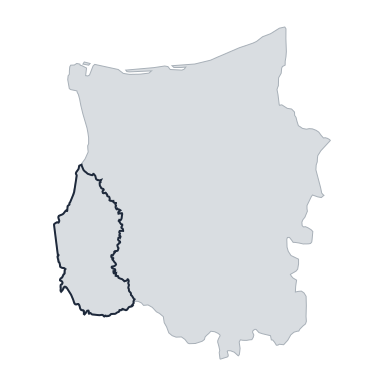 where Zanzan sits in Ivory Coast, rotated 181°
{"feature_id": "CIV-3449", "entity_name": "Zanzan", "entity_type": "Region", "adm_level": 1, "iso_a3": "CIV", "parent_name": "Ivory Coast", "parent_adm1": "", "projection": "natural_earth1", "projection_center": [-3.572, 8.502], "detail": "fine", "context": "in_parent", "style": "outline", "palette": "slate", "viewbox_px": 384, "rotation_deg": 181, "n_neighbors": 0, "source": "natural_earth", "source_scale": "10m", "svg_char_len": 8999}
<svg xmlns="http://www.w3.org/2000/svg" viewBox="0 0 384 384"><g transform="rotate(181 192 192)"><path d="M82.8,54.8L84.1,54.7L87.6,53.6L90.7,50.9L93.7,45.4L97.7,40.9L102.1,41.3L103.4,40.4L105.0,40.3L106.8,43.2L108.7,45.4L110.1,45.5L111.0,49.7L119.1,51.5L122.6,52.6L125.5,55.7L126.6,55.8L127.8,55.1L128.8,54.1L129.0,52.9L127.7,50.1L128.3,47.6L129.6,45.4L131.7,45.2L134.8,44.6L138.4,44.6L141.1,45.0L142.2,42.8L141.2,36.5L141.5,33.1L141.9,30.1L142.9,29.0L147.0,32.6L150.6,33.9L153.3,34.0L154.0,33.3L152.9,29.4L153.2,28.1L154.2,27.5L155.9,27.0L160.6,25.4L161.1,25.7L162.0,32.0L161.5,34.1L162.5,38.4L163.7,42.4L163.6,44.0L162.6,46.4L161.4,48.7L161.6,49.6L163.4,51.1L167.0,52.7L170.7,53.1L172.8,50.8L174.9,48.9L176.4,47.2L177.0,44.7L179.3,42.9L186.0,40.6L192.2,40.3L193.7,41.0L196.5,44.5L200.0,46.9L205.4,46.6L209.3,48.0L212.7,50.7L215.0,56.6L217.5,60.9L218.5,66.9L222.5,70.1L225.5,71.6L229.7,76.0L234.0,78.3L238.5,77.8L240.5,80.1L243.9,81.7L247.2,81.8L250.1,76.7L254.0,74.7L263.8,70.6L267.6,68.8L271.6,67.6L281.0,67.3L289.7,68.5L294.1,69.5L297.1,68.8L299.9,71.2L302.8,76.3L305.2,77.9L307.6,79.6L309.4,83.7L311.6,87.6L312.7,89.4L315.4,93.3L317.6,93.4L319.8,91.7L320.8,90.4L321.2,93.0L320.3,97.2L320.5,99.8L321.8,100.8L321.1,104.2L318.5,109.9L318.5,113.2L321.1,114.3L322.9,117.9L324.0,124.0L325.1,126.0L325.2,127.3L327.1,142.1L329.4,157.0L327.9,158.9L325.9,159.5L324.6,160.2L324.2,161.6L325.1,163.6L324.5,165.4L322.0,166.7L316.6,171.4L316.2,173.3L314.8,177.3L313.6,179.8L311.8,184.4L309.0,196.4L308.0,206.4L307.8,209.5L306.7,211.6L305.5,214.7L299.5,223.2L296.5,230.2L296.9,233.3L297.1,236.3L296.2,238.5L296.3,244.4L297.1,249.4L298.1,254.2L302.4,268.0L304.6,276.3L306.0,283.0L307.3,287.5L308.4,289.4L308.9,291.1L315.2,292.3L316.5,293.3L318.2,302.1L317.9,306.0L316.7,307.5L316.7,310.9L316.4,315.0L315.5,316.7L311.9,316.9L309.5,318.5L306.3,317.9L306.0,316.8L304.3,316.4L299.6,314.1L300.4,306.5L298.2,306.2L296.5,307.2L293.1,316.3L291.5,317.9L267.9,313.2L262.8,309.4L256.7,308.5L246.0,308.9L237.2,310.1L234.6,312.4L256.9,311.0L259.3,311.3L260.4,312.7L232.2,315.7L221.5,317.5L218.3,317.0L215.9,314.1L204.2,313.7L201.9,314.7L200.4,316.8L205.0,316.3L212.3,316.2L214.2,317.9L191.5,320.0L175.8,324.1L169.1,327.2L147.1,337.1L133.7,341.9L130.2,343.6L124.1,348.5L116.3,351.6L107.5,357.3L102.1,358.6L100.9,356.8L100.8,347.0L100.1,334.0L100.4,329.0L101.1,324.4L101.1,320.5L103.8,319.0L104.5,317.4L104.9,312.3L107.4,307.7L107.5,299.7L108.2,298.0L108.8,295.9L107.7,290.7L106.3,280.7L105.7,280.1L105.1,280.5L103.7,280.7L98.2,277.3L93.9,276.7L90.9,273.7L90.7,270.4L89.3,268.4L88.3,264.6L86.8,260.2L82.6,257.5L78.7,256.8L75.9,257.4L72.6,257.2L68.9,255.8L66.3,254.1L63.8,250.8L61.5,248.3L59.7,248.6L57.5,248.0L55.3,246.8L54.6,245.9L63.8,235.6L66.9,230.5L67.2,227.5L67.3,224.3L68.3,221.2L68.5,216.3L63.5,198.6L62.3,193.2L60.9,191.6L60.0,191.0L62.6,188.7L66.1,189.3L71.5,191.1L72.7,189.3L76.8,180.4L76.7,177.1L76.3,174.8L78.7,168.7L80.6,166.3L81.6,163.8L81.3,160.3L79.9,159.0L78.0,159.3L75.7,158.4L72.3,156.4L70.5,154.6L71.1,146.6L71.4,144.1L72.6,142.6L74.5,142.2L79.9,142.0L84.2,142.9L88.0,143.4L90.0,143.4L91.7,145.8L93.8,148.3L95.8,148.2L96.4,146.4L96.0,138.5L94.7,134.3L91.9,130.2L84.3,126.7L84.2,121.9L85.0,116.7L86.6,114.7L92.2,111.4L91.2,109.6L89.4,107.7L85.9,105.7L86.7,99.5L86.9,93.8L83.9,94.5L80.9,94.8L78.3,93.1L76.1,89.7L75.7,80.3L75.8,69.5L75.4,64.7L76.2,62.1L78.9,59.8L81.8,56.7L82.8,54.8ZM303.3,318.0L302.0,320.1L296.1,318.7L297.5,317.0L303.3,318.0Z" fill="#d9dde1" stroke="#a8b0b8" stroke-width="1"/><path d="M321.1,90.0L321.7,90.9L321.7,91.7L321.6,93.3L321.6,93.7L321.8,94.6L321.8,96.0L321.6,96.9L321.1,97.3L320.5,97.6L320.0,98.3L319.9,99.3L320.3,100.1L320.9,100.7L321.7,100.9L322.4,101.3L322.4,102.3L321.8,103.3L320.4,104.2L319.9,105.1L319.1,107.0L318.1,108.1L317.9,108.5L317.9,111.2L317.7,112.0L317.2,112.7L317.7,113.0L318.0,113.4L318.3,113.6L319.0,113.8L320.1,113.8L321.2,114.1L322.4,114.8L322.7,115.7L322.7,116.7L323.4,119.2L323.7,119.4L324.0,119.5L324.3,120.0L324.4,120.9L325.3,124.6L325.3,125.3L324.8,125.6L324.5,126.0L324.3,126.6L324.6,127.0L325.0,126.8L325.2,127.7L327.3,142.3L329.4,156.9L329.1,157.7L327.0,159.1L326.4,159.4L325.9,159.3L325.3,159.0L325.0,159.0L324.7,159.3L324.4,160.0L324.2,160.8L324.3,161.4L324.9,163.0L325.2,164.2L325.1,165.1L324.7,165.8L323.7,166.3L321.1,167.4L320.2,168.1L318.2,170.8L317.4,171.5L317.4,171.3L317.2,171.0L316.9,170.8L316.6,170.8L316.4,171.2L316.2,175.1L316.1,175.7L315.7,176.2L314.7,176.9L314.3,177.3L314.3,177.5L314.4,178.2L314.4,178.5L314.3,178.8L313.8,179.5L313.6,179.8L310.4,187.9L309.8,190.0L307.6,206.0L307.6,206.6L307.9,207.4L308.2,207.8L308.4,208.2L308.4,208.9L308.0,209.9L305.9,212.9L305.7,213.5L305.3,216.1L305.1,216.4L302.9,217.3L302.7,216.3L300.9,212.2L300.3,211.5L299.6,210.8L298.1,209.7L297.1,208.8L296.6,208.4L293.3,207.3L292.3,207.1L291.8,207.1L291.4,207.8L291.1,208.2L291.0,208.4L290.7,208.4L289.7,207.3L289.3,206.8L289.1,206.6L289.0,206.4L288.9,206.2L288.2,203.5L288.0,203.2L287.8,203.0L287.2,202.6L286.9,202.4L286.7,202.3L286.4,202.4L285.9,202.1L285.6,202.2L284.9,202.0L284.7,201.9L284.5,202.0L283.1,202.5L283.7,201.3L283.6,200.1L284.4,199.7L284.5,198.8L284.2,196.7L283.1,195.0L283.0,194.6L282.8,194.3L282.4,194.0L281.9,193.9L281.3,193.7L280.8,193.5L280.4,193.1L280.3,192.6L281.2,191.6L281.5,191.0L281.1,189.5L280.2,189.2L278.4,189.8L278.0,189.5L277.8,189.0L277.5,188.5L277.0,188.3L276.8,188.0L276.8,187.2L276.6,186.5L276.1,186.2L275.0,185.9L274.5,185.3L274.1,183.6L274.4,182.4L273.8,181.9L272.8,181.7L271.9,181.8L271.6,181.5L271.3,181.2L270.9,181.2L270.4,181.5L270.1,180.4L269.6,179.9L268.9,179.7L267.9,179.7L267.9,179.3L268.4,179.1L268.4,178.7L268.2,177.7L267.7,177.0L267.7,176.7L267.9,176.4L268.1,176.1L268.2,175.8L268.0,174.9L267.7,174.3L267.5,173.9L266.9,173.4L266.3,174.0L265.9,173.5L264.5,173.2L263.9,172.9L263.2,172.4L263.5,172.1L264.2,171.8L265.0,171.0L265.3,170.5L265.4,170.1L265.1,169.0L264.6,169.1L264.2,169.5L263.7,169.5L263.1,169.3L262.3,169.6L261.7,169.6L261.4,168.8L261.7,166.4L261.9,164.5L262.4,163.2L263.1,162.5L264.2,162.9L264.3,162.7L264.7,162.1L264.8,161.8L264.2,161.2L262.5,158.7L262.0,158.5L261.6,158.4L261.2,158.3L261.1,157.7L261.3,157.0L261.9,155.9L262.0,155.3L261.8,154.8L260.7,154.1L260.5,153.7L260.4,153.2L260.2,152.5L260.2,151.9L260.7,151.9L262.9,151.9L263.6,151.8L263.9,151.2L264.0,150.7L264.0,150.2L263.7,149.8L263.3,149.2L263.5,148.8L263.6,148.4L263.6,148.2L263.8,148.0L263.9,147.8L263.9,147.4L263.8,147.2L263.6,147.2L263.4,147.2L263.0,146.7L262.8,146.4L262.7,146.0L263.0,145.3L263.1,145.5L263.7,145.3L264.7,145.0L264.9,144.0L265.1,143.3L264.7,142.3L263.1,141.2L263.0,140.3L263.2,140.0L264.0,139.7L264.3,139.0L265.6,137.9L265.7,137.2L265.4,136.1L265.2,135.8L265.0,135.0L264.5,134.6L265.0,132.7L265.4,132.0L266.2,131.7L267.6,131.6L268.2,131.4L268.5,131.0L267.8,130.7L268.0,130.3L268.8,129.5L270.0,127.4L270.2,127.1L270.8,127.2L271.2,127.5L271.5,127.3L271.6,126.1L271.4,125.4L270.9,124.8L270.3,124.5L269.7,124.5L269.7,124.3L269.6,124.2L269.7,123.8L269.8,123.6L270.0,123.5L270.4,123.5L270.4,123.1L269.5,122.2L268.2,120.4L267.4,119.7L266.7,118.4L267.1,117.5L268.0,116.8L269.1,116.3L269.7,116.2L270.4,116.1L270.9,115.9L271.0,115.2L270.6,114.6L270.0,114.2L269.2,113.9L267.6,113.4L267.3,112.5L267.5,111.4L267.9,110.2L268.3,111.0L268.8,111.6L269.2,111.5L269.1,110.2L268.8,109.4L268.3,109.4L267.6,109.7L266.7,109.8L266.8,109.6L267.0,109.5L266.4,108.7L266.9,106.9L266.2,106.6L264.9,106.7L264.5,106.6L264.3,106.2L264.2,105.6L264.1,105.1L263.7,104.8L263.3,104.7L262.3,104.2L260.5,103.7L259.3,102.8L258.1,101.6L257.8,101.8L257.6,101.9L257.2,101.9L256.8,101.9L256.1,102.2L255.3,102.7L255.0,103.1L255.0,103.5L254.9,103.6L254.3,103.4L254.2,103.2L254.0,102.8L253.8,102.3L253.7,101.9L253.8,101.1L254.0,100.5L254.2,100.0L254.0,99.1L253.9,98.9L253.7,98.7L253.4,98.0L253.5,97.6L253.6,97.2L253.7,96.9L253.8,96.2L254.0,95.7L254.0,95.3L254.0,94.9L253.5,94.1L253.3,92.3L253.0,91.6L251.7,90.3L251.4,89.9L251.3,89.5L251.3,89.1L251.3,88.5L251.2,87.9L250.9,87.6L250.5,87.4L250.2,87.1L248.2,84.0L247.6,83.7L247.9,83.3L248.5,82.0L248.6,81.4L248.5,80.1L248.5,79.7L248.8,79.2L250.1,77.6L249.6,77.4L249.4,77.3L250.0,76.7L250.8,76.4L252.5,76.1L253.3,75.6L254.6,73.5L255.4,72.8L256.2,72.7L258.7,73.6L259.2,73.9L259.5,73.9L259.8,73.6L259.8,73.4L259.9,73.2L260.6,72.8L260.9,72.7L262.4,72.7L262.7,71.9L262.9,71.1L263.5,70.7L264.5,70.4L266.2,69.1L267.0,68.8L270.1,68.7L270.9,68.5L271.3,68.1L272.0,67.2L272.5,66.9L273.2,66.6L275.3,66.3L275.7,66.4L276.3,66.8L276.5,66.8L276.8,66.7L277.2,66.1L277.4,66.0L278.0,66.2L278.3,66.6L278.6,67.0L279.1,67.4L279.8,67.6L282.5,67.2L289.6,67.8L290.2,68.1L291.0,68.9L291.4,69.2L291.9,69.0L292.4,68.7L292.8,68.5L293.0,68.8L293.0,69.9L293.1,70.9L293.5,71.6L294.6,71.5L295.2,70.8L296.8,68.3L297.4,67.7L298.0,68.1L298.0,69.1L297.9,70.3L298.1,71.4L298.9,71.9L299.9,71.9L300.9,72.2L301.8,73.5L302.4,76.0L302.9,77.2L303.6,78.0L304.4,78.0L306.0,77.5L306.8,77.7L307.6,78.5L308.1,79.8L308.9,82.2L311.1,87.2L315.6,94.1L316.7,95.0L317.7,95.1L318.6,94.3L319.7,91.6L321.1,90.0Z" fill="none" stroke="#1e293b" stroke-width="2"/></g></svg>